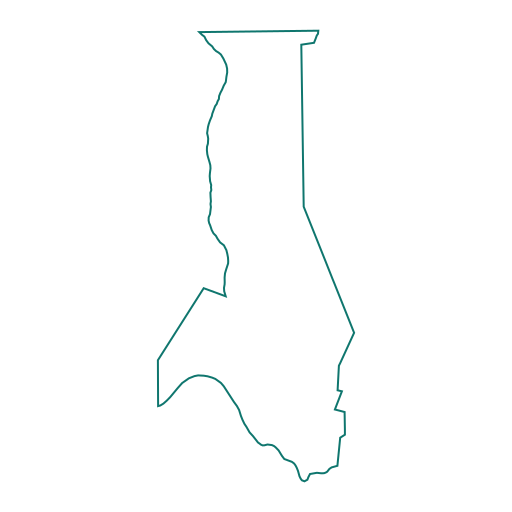 outline of Caracol, Piauí, Brazil
{"feature_id": "56859067B86745951725371", "entity_name": "Caracol", "entity_type": "district", "adm_level": 2, "iso_a3": "BRA", "parent_name": "Brazil", "parent_adm1": "Piauí", "projection": "natural_earth1", "projection_center": [-43.383, -9.076], "detail": "fine", "context": "isolated", "style": "outline", "palette": "teal", "viewbox_px": 512, "rotation_deg": 0, "n_neighbors": 0, "source": "geoboundaries", "source_scale": "gbopen_adm2", "svg_char_len": 2030}
<svg xmlns="http://www.w3.org/2000/svg" viewBox="0 0 512 512"><path d="M199.3,32.1L202.0,34.8L204.4,36.6L206.2,40.2L208.5,43.3L212.2,46.4L213.9,49.0L216.1,51.1L218.6,52.6L220.9,54.5L223.4,58.6L226.2,64.6L227.1,68.6L227.2,72.5L226.4,76.9L226.0,80.4L225.7,82.2L223.8,85.5L222.0,89.8L220.5,92.6L219.1,96.1L218.9,99.0L217.6,101.3L216.7,104.0L215.1,106.2L212.3,113.7L211.8,116.2L210.0,120.4L208.7,124.2L208.0,126.9L207.1,133.2L207.8,136.1L208.2,138.7L207.9,143.7L207.0,146.7L206.9,150.2L207.3,154.2L207.9,156.7L209.5,162.1L210.3,165.2L210.5,168.4L209.9,173.4L209.7,176.1L210.1,181.2L211.2,185.1L211.0,187.2L211.3,190.1L210.4,192.7L210.6,197.2L210.9,201.3L210.5,204.0L210.9,207.0L210.0,214.2L208.7,217.3L208.6,220.6L209.2,223.2L210.1,225.2L211.7,230.0L213.5,233.4L215.9,235.8L217.5,238.7L220.1,242.4L223.9,245.3L226.4,250.2L227.3,253.9L228.0,257.6L228.2,261.1L228.1,263.5L226.2,269.3L225.0,273.4L224.6,277.6L224.7,282.2L224.6,284.4L224.0,287.9L224.2,291.3L225.7,296.3L203.7,288.2L164.0,350.6L157.9,360.2L158.0,383.6L158.1,406.1L160.3,405.5L163.4,403.6L166.7,400.7L170.3,397.0L177.6,388.2L182.2,383.0L188.9,378.3L194.5,376.1L198.1,375.4L203.8,375.7L207.6,376.3L212.1,377.6L215.3,378.9L221.0,383.0L223.8,386.3L233.9,401.9L236.9,406.0L239.1,410.0L240.9,415.8L242.4,419.6L244.4,423.8L246.4,426.8L249.6,432.4L253.0,436.1L258.0,442.5L259.6,443.6L261.0,444.7L262.7,445.4L264.4,445.3L267.5,444.5L272.0,445.1L274.1,446.1L275.6,447.3L278.6,450.4L281.9,455.8L284.3,459.0L292.0,461.9L294.1,463.5L295.5,465.4L296.7,467.7L298.0,470.9L299.5,476.3L300.7,478.7L301.9,480.3L304.5,481.3L307.4,479.7L308.4,477.1L310.0,474.0L316.9,472.8L319.6,473.1L321.4,473.3L324.0,473.2L325.7,472.6L327.2,471.7L329.4,468.9L331.6,467.4L337.4,465.8L340.2,437.7L344.9,434.7L344.9,429.9L344.6,412.0L334.9,409.5L341.9,391.3L337.6,390.3L338.9,365.7L340.1,363.3L354.1,332.8L349.0,320.0L344.4,308.5L334.2,283.0L332.6,279.1L325.5,261.2L303.7,206.7L301.3,44.7L314.0,42.8L315.6,38.8L316.8,35.5L318.0,33.8L318.3,30.7L199.3,32.1Z" fill="none" stroke="#0f766e" stroke-width="2"/></svg>